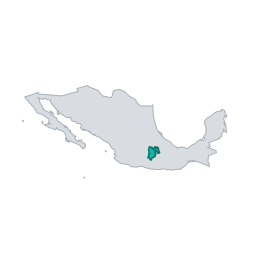 where México sits in Mexico, rotated 341°
{"feature_id": "MEX-2731", "entity_name": "México", "entity_type": "State", "adm_level": 1, "iso_a3": "MEX", "parent_name": "Mexico", "parent_adm1": "", "projection": "albers", "projection_center": [-99.447, 19.349], "detail": "fine", "context": "in_parent", "style": "filled", "palette": "teal", "viewbox_px": 256, "rotation_deg": 341, "n_neighbors": 0, "source": "natural_earth", "source_scale": "10m", "svg_char_len": 6476}
<svg xmlns="http://www.w3.org/2000/svg" viewBox="0 0 256 256"><g transform="rotate(341 128 128)"><path d="M40.5,65.1L54.7,65.2L54.0,66.5L75.8,76.1L92.6,77.1L92.7,74.1L103.2,74.6L104.9,76.8L112.0,82.8L113.6,87.7L114.9,89.7L121.7,93.7L123.9,92.3L125.7,88.7L127.8,88.0L132.7,88.7L136.8,92.7L139.6,98.4L144.4,103.7L144.7,107.0L146.8,111.1L157.5,114.9L158.9,114.3L155.8,125.0L154.8,137.7L155.4,140.5L158.2,144.1L157.7,146.1L157.8,144.1L155.4,141.0L156.2,143.9L159.1,149.9L163.9,155.6L165.0,159.1L168.4,162.7L167.4,162.6L169.3,163.5L168.7,163.0L172.2,163.3L174.7,164.5L177.0,166.9L182.8,164.9L187.1,164.5L189.9,162.9L192.9,162.5L193.5,163.0L193.3,163.8L195.8,164.2L197.4,163.0L196.9,161.1L196.1,161.6L196.3,161.2L200.6,157.8L200.8,155.3L202.0,153.7L201.8,149.6L202.5,146.5L205.8,144.5L211.7,143.2L214.2,142.0L217.1,141.5L221.9,142.3L222.3,141.6L221.0,141.6L222.6,141.0L224.7,142.3L225.1,144.1L224.3,146.6L221.4,150.6L221.5,153.1L220.0,154.8L220.3,155.3L221.7,155.0L220.3,156.7L220.4,157.3L221.4,157.0L219.9,163.5L219.4,164.1L218.3,162.7L217.9,160.4L216.6,162.9L215.2,163.2L213.6,166.6L211.5,166.7L211.3,167.7L199.5,168.4L199.7,172.2L197.0,172.3L203.7,177.9L203.6,180.0L195.2,180.4L192.4,186.0L193.3,187.3L192.4,190.9L186.0,185.0L180.9,181.1L177.9,179.6L177.6,180.0L180.4,181.4L176.0,180.2L176.3,179.2L175.2,179.7L174.4,178.8L173.7,179.8L175.1,180.2L172.9,180.5L170.8,181.9L164.0,184.2L159.6,182.6L155.8,182.2L153.3,180.6L150.8,180.0L149.2,178.4L143.1,177.2L135.6,173.9L130.8,170.7L128.7,168.6L123.7,167.8L118.9,165.9L116.0,162.4L109.5,159.0L106.1,154.3L105.0,151.5L107.7,150.3L107.3,149.1L106.2,148.7L108.0,146.6L108.2,144.1L106.9,143.2L105.6,140.6L105.7,138.3L104.8,136.2L101.1,132.2L98.0,127.5L93.0,123.2L94.5,124.0L94.6,123.2L91.9,122.2L90.0,118.9L91.4,119.1L87.6,116.8L87.1,115.7L85.6,116.0L85.3,115.5L86.5,114.3L84.6,115.2L83.5,114.2L83.3,112.1L84.8,110.4L85.3,110.8L84.4,108.8L83.2,107.5L81.6,107.5L80.6,104.9L78.6,104.2L77.4,103.1L76.7,100.8L77.3,99.4L73.8,98.5L68.0,91.0L67.7,89.3L66.9,88.7L63.5,79.7L63.3,77.0L63.8,76.2L60.5,74.8L59.8,73.3L58.7,72.8L57.4,73.5L53.0,70.5L53.7,72.2L52.9,75.4L53.7,78.1L54.2,83.1L58.6,87.9L59.9,91.0L60.6,90.9L60.9,91.8L61.6,92.0L62.1,93.9L63.4,94.6L63.9,98.7L66.2,100.9L66.9,103.2L68.0,104.1L68.7,106.8L69.6,107.5L69.2,105.5L70.5,106.7L71.7,113.0L73.2,114.9L75.1,119.5L74.6,121.4L75.0,123.1L76.7,124.8L77.5,123.2L82.4,129.4L81.8,131.5L79.6,133.0L78.5,133.1L76.5,128.2L68.8,121.2L68.0,121.2L66.5,119.1L66.2,117.7L66.9,114.7L66.4,111.8L65.3,109.7L61.5,106.9L60.9,104.4L60.1,105.4L58.1,105.7L56.7,103.9L53.2,101.9L52.7,100.5L50.2,98.2L50.0,97.4L52.8,98.1L54.5,97.6L54.4,98.3L55.7,99.1L55.3,97.4L54.7,97.2L56.3,94.0L51.5,87.4L47.3,84.3L46.6,82.9L46.8,80.6L45.8,79.7L45.7,77.1L44.4,75.9L44.3,74.3L42.6,71.7L42.4,70.6L43.0,69.9L41.8,68.8L40.5,65.1ZM67.7,91.1L67.2,92.6L65.8,92.0L66.5,89.6L67.4,89.4L67.7,91.1ZM62.0,90.3L60.1,88.4L59.7,86.6L60.7,87.3L60.9,88.3L61.9,88.6L62.0,90.3ZM224.5,149.9L223.9,149.4L224.1,148.6L225.5,147.9L224.5,149.9ZM66.4,121.1L65.1,119.4L66.2,116.1L65.7,119.0L66.4,121.1ZM49.3,95.8L48.2,95.5L49.1,93.8L49.5,95.2L49.3,95.8ZM31.4,88.2L30.5,86.9L30.8,86.4L31.1,86.5L31.4,88.2ZM67.7,121.2L68.5,122.6L66.7,121.2L67.7,121.2ZM100.1,143.0L99.9,143.5L99.4,143.3L99.2,142.4L100.1,143.0ZM75.7,118.4L76.0,119.4L75.1,118.1L75.7,118.4ZM72.5,111.4L73.0,111.9L72.2,112.8L72.5,111.4ZM70.9,161.0L70.5,161.1L70.0,160.6L70.5,160.1L70.9,161.0ZM194.9,162.5L193.9,162.8L195.7,162.1L194.9,162.5ZM80.3,124.5L79.8,124.3L79.8,123.4L80.3,124.5Z" fill="#d9dde1" stroke="#a8b0b8" stroke-width="1"/><path d="M149.9,158.5L149.7,158.8L149.7,159.0L149.8,159.6L149.9,160.0L150.0,160.3L149.9,160.4L149.8,160.5L149.8,160.8L149.8,161.0L149.9,161.3L149.9,161.5L149.7,161.6L149.5,161.8L149.4,161.9L149.2,161.9L148.9,161.9L148.8,161.7L148.7,161.7L148.7,161.4L148.4,161.3L148.3,161.1L148.2,161.1L147.9,161.1L147.9,160.9L148.0,160.8L148.0,160.7L147.8,160.4L147.8,160.2L147.9,159.9L147.8,159.7L147.7,159.4L147.4,159.2L147.2,159.1L147.3,159.0L147.3,158.9L147.2,158.9L147.3,158.9L147.3,158.7L147.2,158.5L147.2,158.4L147.0,158.2L146.9,157.9L146.7,157.8L146.6,158.0L146.6,158.3L146.4,158.4L146.3,158.6L146.2,158.7L146.2,158.8L146.0,159.0L145.9,159.2L145.7,159.2L145.6,159.3L145.5,159.5L145.5,159.8L145.5,160.0L145.6,160.3L145.6,160.5L145.8,160.7L145.7,160.7L145.7,160.8L145.5,161.0L145.6,161.3L145.4,161.5L145.5,161.7L145.6,161.8L145.7,162.0L145.4,162.3L145.2,162.3L144.9,162.5L144.9,162.8L144.7,162.9L144.6,163.0L144.5,163.4L144.5,163.6L144.4,163.8L144.1,163.9L143.9,163.8L143.8,163.6L143.7,163.6L143.6,163.4L143.4,163.3L143.2,163.4L143.1,163.5L142.9,163.7L142.8,163.8L142.7,163.9L142.7,164.0L142.4,164.1L142.2,164.0L142.1,163.9L142.0,164.0L141.9,164.0L141.7,164.0L141.3,164.1L141.2,164.2L141.0,164.3L140.8,164.3L140.7,164.3L140.6,164.6L140.5,164.8L140.3,164.9L140.2,165.1L139.9,165.3L139.6,165.6L139.4,165.8L139.2,165.8L139.0,165.7L138.9,165.5L138.8,165.3L138.8,165.2L138.9,164.8L138.9,164.7L138.5,164.3L138.5,164.2L138.4,164.2L138.4,163.9L138.3,163.7L138.3,163.4L138.4,163.2L138.3,162.9L138.3,162.7L138.2,162.7L137.9,162.7L137.6,162.6L137.4,162.6L137.2,162.5L137.2,162.4L137.3,162.3L137.5,162.2L137.8,162.0L137.8,161.9L137.8,161.7L138.0,161.4L138.3,161.1L138.8,160.4L139.2,160.0L139.2,159.9L139.3,159.9L139.2,159.7L139.1,159.4L139.9,158.9L140.0,158.9L140.2,158.7L140.0,158.4L139.9,158.1L139.8,157.9L139.9,157.3L140.0,157.1L140.1,156.8L140.1,156.7L140.2,156.1L140.3,155.6L140.4,155.4L140.5,155.2L140.6,154.9L140.8,154.6L141.1,154.2L141.4,153.8L141.5,153.7L141.9,153.5L141.8,153.4L141.7,153.2L142.2,152.7L142.4,152.9L142.5,152.9L142.6,153.0L142.8,153.4L143.0,153.6L143.2,153.8L143.4,153.9L143.5,154.0L143.5,153.9L143.7,153.7L143.8,153.7L144.0,153.7L144.1,153.8L144.2,154.0L144.5,154.4L144.4,154.6L144.4,154.8L144.3,155.0L144.3,155.3L144.6,155.4L144.7,155.5L144.8,155.5L144.9,155.8L144.9,156.0L145.0,156.0L145.1,156.3L145.1,156.5L145.2,156.4L145.4,156.2L145.5,156.0L145.8,156.1L145.8,155.9L145.9,155.7L146.0,155.6L146.2,155.4L146.2,155.2L146.3,155.0L146.4,154.9L146.5,154.9L146.9,154.8L147.0,154.8L147.1,154.7L147.3,154.6L147.5,154.6L147.8,154.6L147.9,154.8L148.0,154.9L148.0,155.0L147.9,155.3L148.0,155.3L147.9,155.6L147.9,155.8L147.8,156.0L148.1,156.2L148.4,155.9L148.6,155.6L148.9,155.7L149.0,155.8L149.4,155.9L149.5,155.8L149.6,156.0L149.8,156.2L149.9,156.3L150.1,156.5L150.2,156.8L150.1,157.0L150.0,157.3L149.9,157.4L149.8,157.5L149.7,157.7L149.5,157.9L149.6,158.0L149.9,158.1L149.9,158.3L149.9,158.5Z" fill="#14b8a6" stroke="#0f766e" stroke-width="1.5"/></g></svg>